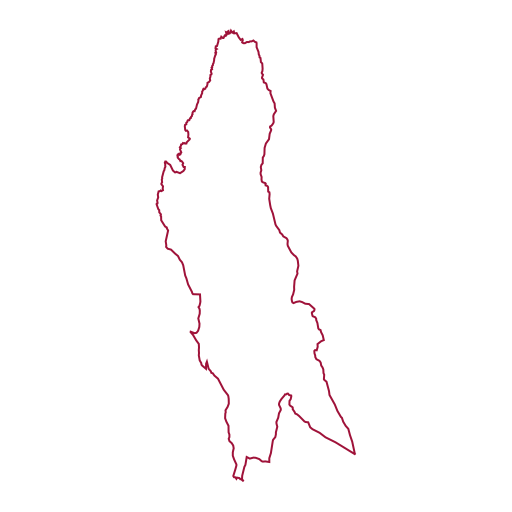 outline of San Pedro de Pelileo, Tungurahua, Ecuador
{"feature_id": "8360857B2847558667695", "entity_name": "San Pedro de Pelileo", "entity_type": "district", "adm_level": 2, "iso_a3": "ECU", "parent_name": "Ecuador", "parent_adm1": "Tungurahua", "projection": "equal_earth", "projection_center": [-78.53, -1.357], "detail": "fine", "context": "isolated", "style": "outline", "palette": "rose", "viewbox_px": 512, "rotation_deg": 0, "n_neighbors": 0, "source": "geoboundaries", "source_scale": "gbopen_adm2", "svg_char_len": 6015}
<svg xmlns="http://www.w3.org/2000/svg" viewBox="0 0 512 512"><path d="M157.8,194.6L158.2,197.4L157.1,200.5L157.6,203.0L157.4,203.5L156.7,203.7L156.6,204.3L158.3,209.1L159.2,210.1L159.3,212.4L160.9,214.3L160.5,215.6L161.1,216.3L161.2,220.3L165.1,226.5L166.8,227.5L166.8,228.3L168.1,230.5L165.7,241.3L166.3,245.3L166.1,246.9L167.7,248.7L171.0,249.6L175.2,253.7L178.0,256.0L179.8,259.7L182.0,262.3L183.2,265.2L185.2,275.5L186.4,278.4L188.1,284.4L191.9,291.8L192.4,293.4L193.1,294.2L200.0,294.4L200.4,301.5L200.2,302.9L199.5,305.8L198.5,307.1L199.5,308.8L199.8,310.6L199.7,313.8L198.3,318.4L199.5,323.7L199.3,327.0L198.1,330.8L196.5,332.8L194.6,333.2L190.7,331.7L190.6,332.1L193.0,334.9L196.1,340.2L198.8,343.9L199.0,347.6L198.8,350.1L199.0,353.1L198.8,355.3L199.7,360.4L201.2,363.0L201.5,364.7L202.2,365.6L206.0,368.8L206.1,363.7L206.9,361.7L208.6,368.7L210.9,371.4L211.3,372.8L212.8,373.3L214.4,375.6L218.0,378.7L223.7,389.7L227.9,395.1L228.3,396.1L228.7,398.8L228.8,403.7L227.6,406.9L225.5,410.3L225.7,412.3L225.3,413.6L225.1,418.2L226.3,421.5L228.5,425.8L228.6,432.3L229.4,434.6L229.4,437.1L228.7,438.8L229.5,441.2L231.7,443.1L233.2,445.5L233.7,448.3L232.8,452.3L232.8,455.7L234.1,459.4L236.4,464.4L236.4,465.6L235.4,469.2L233.3,476.0L234.0,477.2L235.3,477.3L236.4,478.8L237.0,477.6L239.4,478.1L240.3,479.2L241.0,479.1L243.6,481.3L242.0,479.1L242.2,475.7L244.4,466.8L245.4,464.9L246.7,457.0L249.8,458.6L253.5,457.6L255.7,457.8L259.3,459.1L261.7,461.2L262.8,461.6L265.3,461.4L269.3,462.0L269.3,458.2L270.9,453.1L272.8,440.9L273.1,439.8L275.3,437.1L275.9,434.3L275.9,432.3L277.3,426.7L276.5,423.7L276.4,422.0L278.2,417.8L279.0,413.3L280.8,409.9L280.7,408.4L279.0,404.8L279.1,403.4L279.8,401.5L281.6,398.8L284.5,395.4L285.0,394.4L286.1,394.4L287.2,393.6L288.0,393.6L289.2,395.1L291.2,395.5L291.3,396.4L290.7,399.1L289.5,400.9L289.4,404.6L290.2,405.7L292.5,407.2L292.8,408.0L292.7,409.2L294.5,411.8L295.3,413.6L297.0,414.3L299.1,416.0L304.4,421.4L305.5,422.0L308.2,422.3L310.2,427.3L310.7,427.7L312.5,429.2L319.6,432.8L325.5,437.3L335.5,442.3L355.4,454.5L354.8,453.7L352.2,441.6L350.0,435.2L348.3,428.8L345.7,425.9L343.2,421.7L341.9,417.8L340.9,416.9L337.4,410.9L334.8,404.5L329.5,395.0L329.0,391.1L326.5,381.7L324.3,379.9L323.9,379.2L324.2,374.7L323.5,373.1L323.3,369.4L322.5,367.4L321.2,365.5L320.7,362.7L320.1,361.7L319.4,360.8L316.4,359.2L315.3,357.1L315.2,355.5L314.5,353.4L314.3,351.0L315.1,350.1L316.7,350.3L317.7,346.8L317.5,344.1L321.2,341.2L323.8,340.1L322.7,335.3L321.1,332.2L320.5,330.0L319.0,329.4L318.3,328.4L317.4,323.0L316.2,320.0L316.2,318.8L315.3,317.3L312.7,316.2L312.4,315.5L311.8,312.9L312.0,312.3L314.0,311.0L314.5,309.8L314.4,308.8L309.1,304.1L305.2,303.7L302.2,302.1L299.6,301.3L296.3,301.9L293.5,303.1L292.4,302.4L291.9,300.9L291.6,299.0L291.9,297.0L293.1,294.4L294.2,289.9L294.1,286.8L294.6,280.4L297.5,273.6L297.1,271.4L298.4,265.8L297.8,260.7L297.2,258.6L295.7,256.4L293.9,255.1L291.3,252.4L287.8,245.8L287.5,244.1L287.8,240.8L287.4,239.5L286.5,238.2L283.3,236.4L282.2,234.5L280.0,232.6L279.3,230.1L276.2,225.9L275.5,224.5L272.9,213.6L270.8,208.1L270.2,205.2L269.2,198.8L269.6,194.2L269.4,192.3L268.2,191.6L268.1,187.4L267.8,186.5L266.8,185.7L265.6,185.4L265.4,184.2L265.7,183.6L265.3,183.1L263.1,182.4L261.9,181.6L261.5,179.5L261.6,177.0L260.6,174.1L260.6,172.6L261.3,170.3L260.8,167.0L261.4,164.9L262.7,163.3L262.8,157.5L263.8,156.1L264.4,154.3L264.6,147.9L265.9,143.5L269.0,139.2L269.7,133.7L271.1,130.4L271.2,129.4L270.0,127.5L270.1,126.5L271.6,125.6L273.2,123.4L273.7,122.0L273.3,116.1L273.8,114.3L276.1,110.9L274.9,107.7L274.6,103.4L273.5,101.5L270.4,93.2L270.6,91.0L268.7,90.0L267.4,88.6L266.4,84.1L265.7,83.1L263.8,82.4L263.4,79.5L262.1,78.4L262.0,77.5L263.0,74.8L261.8,73.3L261.7,72.7L262.4,71.1L262.6,68.7L262.3,64.1L262.2,63.4L260.9,62.1L260.5,58.0L259.6,57.4L259.5,55.8L258.8,54.5L258.5,51.9L256.6,47.2L256.6,43.4L256.4,42.4L254.8,41.8L253.4,40.5L251.6,41.4L250.0,41.4L248.8,42.1L246.9,42.0L244.9,43.2L243.5,43.2L242.5,42.7L242.1,42.3L242.8,40.1L242.4,39.0L240.7,39.9L238.8,37.4L236.6,33.1L234.0,33.4L233.7,33.0L234.0,32.1L233.8,31.4L232.3,32.6L231.0,30.7L230.4,32.6L229.8,33.3L228.6,33.0L228.4,31.1L227.3,31.8L228.2,32.8L228.3,33.8L227.2,33.8L226.2,32.9L226.6,34.8L225.8,35.8L225.1,35.2L224.8,35.3L223.5,38.0L222.8,38.0L221.3,36.7L220.6,38.7L219.2,38.6L218.5,39.1L218.3,41.7L217.0,46.0L215.8,46.3L215.5,48.2L216.7,49.0L215.8,49.5L215.6,50.9L216.2,52.5L216.1,52.9L215.4,53.0L215.8,54.6L215.3,55.2L214.1,59.0L214.2,59.9L213.5,63.2L212.9,64.1L212.9,65.2L212.1,66.1L212.2,67.4L211.6,67.7L212.1,69.3L211.0,70.0L210.9,71.7L211.6,73.7L211.4,74.4L210.4,75.0L210.4,76.7L209.8,78.5L210.2,80.4L209.1,81.9L207.5,82.8L207.4,84.5L206.8,86.6L205.7,87.4L205.3,88.7L203.9,89.4L203.4,88.9L203.2,89.2L202.8,90.6L202.1,91.7L202.2,93.1L201.1,95.4L200.9,97.0L199.0,98.1L198.9,98.8L198.3,99.4L198.4,100.5L198.1,102.2L197.0,104.5L196.0,108.7L195.2,109.3L194.6,111.2L193.6,111.1L193.0,111.8L192.4,113.1L192.6,114.2L192.0,115.0L191.9,116.1L191.0,117.0L190.8,118.1L190.0,118.3L189.3,120.2L188.0,120.2L187.6,120.6L187.3,121.9L186.3,122.8L186.3,124.3L185.1,124.8L184.8,126.2L185.2,129.9L185.9,130.8L187.0,130.5L188.2,132.0L188.4,134.6L188.1,137.4L189.8,138.6L189.7,139.3L186.7,142.3L186.4,143.5L185.3,143.6L184.6,143.1L184.1,143.4L183.0,143.0L182.4,144.1L181.1,144.5L181.0,145.7L179.9,147.3L180.8,148.1L180.1,148.8L180.0,149.5L181.3,152.4L180.8,153.2L179.4,153.6L180.1,154.5L179.3,154.9L177.7,154.6L177.4,155.3L177.5,156.2L177.9,156.8L177.7,157.6L179.1,159.2L179.7,159.5L180.4,161.1L181.1,160.9L181.9,161.4L183.2,163.2L182.5,164.8L183.6,167.0L184.8,167.0L184.7,169.2L183.4,171.0L180.0,173.2L176.4,171.8L175.8,172.3L175.0,172.4L172.9,170.5L170.2,164.9L167.1,162.9L166.2,161.6L165.3,161.5L164.8,162.7L165.3,164.4L165.2,165.6L165.4,166.7L164.7,168.1L164.3,170.3L163.7,171.2L162.5,175.8L162.1,177.2L162.2,178.6L161.8,179.5L162.1,182.3L161.4,183.5L161.4,184.2L163.0,186.3L162.7,188.5L163.0,190.2L161.4,191.1L160.7,190.5L160.0,191.1L158.6,191.4L157.8,194.6Z" fill="none" stroke="#9f1239" stroke-width="2"/></svg>